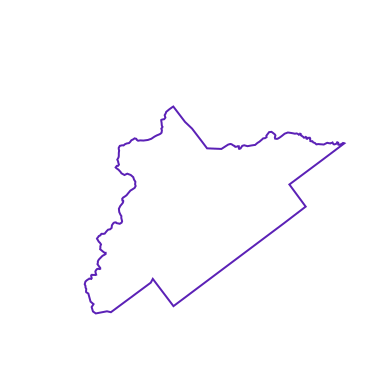 the district of Broadwater, Montana, United States of America, rotated 233°
{"feature_id": "52423323B25575586370541", "entity_name": "Broadwater", "entity_type": "district", "adm_level": 2, "iso_a3": "USA", "parent_name": "United States of America", "parent_adm1": "Montana", "projection": "orthographic", "projection_center": [-111.372, 46.308], "detail": "fine", "context": "isolated", "style": "outline", "palette": "violet", "viewbox_px": 384, "rotation_deg": 233, "n_neighbors": 0, "source": "geoboundaries", "source_scale": "gbopen_adm2", "svg_char_len": 3644}
<svg xmlns="http://www.w3.org/2000/svg" viewBox="0 0 384 384"><g transform="rotate(233 192 192)"><path d="M112.0,108.5L111.7,246.5L111.9,274.0L139.4,274.3L139.2,315.5L139.2,343.0L139.4,342.9L140.3,342.1L140.3,340.5L140.5,339.6L141.1,338.2L141.6,337.4L142.6,337.7L142.9,338.1L143.4,338.4L144.3,337.9L144.0,337.2L143.6,336.6L144.3,334.4L145.0,333.8L146.3,333.9L146.9,334.0L146.9,333.5L147.4,332.7L147.5,331.8L148.6,330.7L149.9,329.6L150.3,327.6L150.6,325.8L151.8,324.5L152.9,323.2L154.3,321.7L155.2,320.0L157.3,319.6L158.6,318.7L160.1,318.7L160.6,317.8L161.5,317.2L162.0,317.7L163.0,317.9L163.6,318.6L164.4,318.7L165.0,318.0L165.2,316.7L165.1,316.1L165.6,315.6L166.2,315.8L166.3,316.4L167.5,316.0L167.5,315.1L168.0,314.1L168.8,314.1L170.4,313.5L171.3,313.5L171.7,313.1L172.5,313.3L172.9,313.7L173.5,313.4L173.3,312.9L173.4,311.8L174.7,311.5L175.8,310.8L176.6,309.3L178.3,307.8L180.0,306.2L181.8,304.4L182.8,301.1L182.7,297.9L182.7,295.6L182.9,293.0L183.3,291.8L184.6,290.5L185.7,291.0L187.0,292.7L188.2,292.8L190.2,292.3L192.2,291.7L193.4,289.6L192.2,285.3L190.9,284.5L191.1,282.6L192.0,281.1L191.8,279.4L191.6,276.2L191.8,273.8L191.6,270.8L193.4,267.5L195.2,263.9L197.9,261.8L198.6,259.9L197.6,257.0L197.9,255.9L198.1,255.6L198.6,255.7L199.0,256.0L199.4,256.3L199.9,256.7L200.4,256.9L200.6,256.5L201.0,256.2L201.1,255.4L201.9,253.9L202.5,253.6L203.0,253.7L203.3,253.7L203.6,253.3L204.2,253.1L204.9,252.8L205.6,252.6L206.4,252.3L206.8,251.9L207.3,251.5L208.1,249.4L208.7,241.4L217.8,230.3L226.8,230.3L242.6,230.2L252.2,228.6L271.5,228.5L271.6,227.6L271.7,223.4L271.5,219.6L270.6,218.3L269.8,216.4L267.4,215.5L266.9,213.6L267.9,211.6L268.0,210.7L267.2,210.2L265.6,209.4L263.6,208.1L262.7,207.7L261.9,207.7L261.3,207.0L261.3,206.4L261.1,205.7L260.4,205.4L259.5,205.2L258.5,204.2L257.7,203.4L257.5,201.9L257.7,200.6L258.4,197.9L258.8,195.3L259.0,191.5L260.1,188.1L262.3,184.2L264.4,181.7L265.4,179.8L266.9,179.3L268.0,179.5L269.4,178.4L269.4,176.9L269.8,174.7L269.2,172.7L269.0,171.1L270.0,169.2L270.5,167.3L270.4,165.4L271.4,164.2L272.3,162.1L271.4,160.1L270.5,159.4L268.9,158.7L267.4,157.2L266.0,156.1L264.8,155.2L263.8,154.1L263.4,153.2L262.8,151.8L260.9,151.4L260.0,150.9L257.8,150.1L257.4,148.7L258.1,147.7L257.6,145.8L256.6,145.9L254.1,146.7L251.2,147.0L249.4,146.9L246.2,148.3L245.6,151.3L242.5,153.3L239.2,154.0L236.9,153.2L234.2,152.9L232.4,151.2L230.7,150.6L229.8,148.6L230.0,145.6L230.2,143.7L229.5,140.6L228.8,137.8L228.8,136.0L229.0,133.6L228.6,132.2L227.1,131.3L226.5,131.8L225.6,131.2L224.9,130.0L224.5,128.4L224.0,126.3L222.6,123.5L219.7,121.8L216.9,121.2L215.3,121.1L213.8,119.9L210.7,118.6L209.9,117.3L210.1,115.2L212.6,113.0L213.6,112.9L214.4,111.5L214.4,110.3L213.6,108.0L211.7,106.2L211.5,104.2L212.4,102.3L212.1,100.3L211.3,97.2L212.1,95.7L213.0,94.7L213.0,93.6L212.5,92.8L212.9,91.0L212.4,89.7L212.3,89.0L211.9,88.0L210.8,87.9L209.4,87.8L208.7,87.6L206.9,87.9L204.9,87.8L203.8,86.1L202.5,85.2L201.6,84.2L199.5,84.7L197.8,85.1L195.9,85.7L195.4,86.4L194.5,85.8L194.5,84.7L194.9,82.1L194.6,80.1L194.1,76.9L193.3,75.1L192.1,74.2L191.3,73.1L189.5,73.0L187.6,73.0L186.6,73.0L185.9,72.5L186.0,71.9L187.1,70.9L187.6,70.0L187.4,68.6L186.8,67.1L185.5,66.4L184.2,65.9L183.6,65.7L183.8,64.9L184.4,64.3L185.4,62.9L186.1,62.3L186.1,61.3L185.4,60.8L184.1,60.3L183.5,60.0L183.2,59.2L183.9,58.6L184.3,58.2L184.6,57.9L184.5,57.7L184.5,57.2L184.7,56.8L184.8,54.8L184.6,53.0L184.0,52.2L182.9,50.8L181.1,50.4L180.0,49.6L179.1,49.3L178.2,49.2L176.6,47.7L175.6,47.2L173.3,48.1L165.5,45.0L161.7,45.9L160.5,42.6L156.2,41.0L152.9,42.1L147.9,52.3L144.8,54.9L144.4,104.5L146.2,108.4L112.0,108.5Z" fill="none" stroke="#5b21b6" stroke-width="2"/></g></svg>